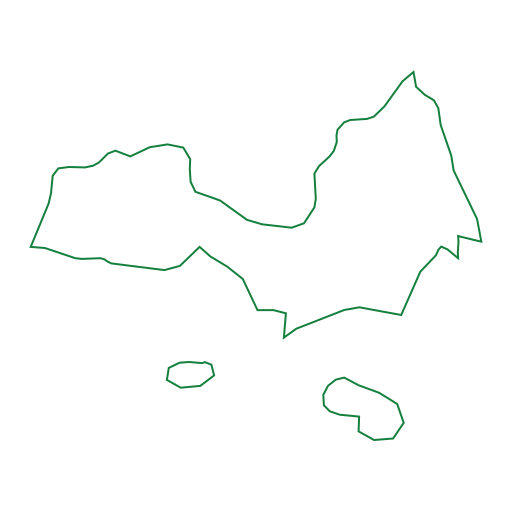 outline of Nueva Esparta
{"feature_id": "VEN-48", "entity_name": "Nueva Esparta", "entity_type": "State", "adm_level": 1, "iso_a3": "VEN", "parent_name": "Venezuela", "parent_adm1": "", "projection": "robinson", "projection_center": [-64.068, 10.956], "detail": "fine", "context": "isolated", "style": "outline", "palette": "green", "viewbox_px": 512, "rotation_deg": 0, "n_neighbors": 0, "source": "natural_earth", "source_scale": "10m", "svg_char_len": 1397}
<svg xmlns="http://www.w3.org/2000/svg" viewBox="0 0 512 512"><path d="M438.3,108.1L440.7,125.1L451.3,155.7L453.6,170.4L477.1,219.1L481.3,241.7L458.1,236.1L458.5,241.5L457.8,252.7L458.1,258.2L447.5,249.4L441.2,246.6L438.3,249.9L436.1,255.1L420.3,271.7L401.2,315.0L359.4,307.3L344.2,310.0L296.3,328.7L283.9,337.6L285.9,313.3L273.3,310.1L257.5,310.1L242.8,279.0L227.2,266.6L210.3,256.4L199.6,246.9L179.9,265.9L164.4,270.1L111.3,263.4L107.6,261.6L104.7,259.5L100.5,258.2L81.9,258.9L75.3,258.2L44.9,248.0L30.7,246.9L48.6,203.6L51.0,193.3L52.7,175.8L58.3,168.4L68.8,167.0L85.2,167.4L93.1,165.7L98.8,162.6L108.0,153.5L115.4,150.7L130.3,156.4L149.8,147.2L167.5,144.4L183.3,147.6L190.2,159.2L189.8,169.6L190.6,181.7L195.4,191.8L220.1,200.5L246.9,219.8L262.0,224.3L291.6,227.7L304.0,223.3L314.4,207.4L315.8,198.8L314.4,173.6L319.0,166.1L329.4,156.6L333.8,151.0L336.8,141.9L336.5,135.5L337.5,129.7L344.2,122.3L350.3,120.0L367.1,118.9L373.9,116.6L384.5,106.3L402.6,81.2L413.5,72.0L416.1,86.8L424.8,94.8L433.9,100.3L438.3,108.1ZM344.2,377.6L358.7,385.3L379.2,392.8L397.2,404.0L403.7,422.8L393.1,438.5L374.0,440.0L358.6,431.4L359.1,416.6L339.7,414.7L329.8,411.3L323.9,405.3L323.3,394.8L328.0,385.8L335.7,379.7L344.2,377.6ZM204.8,362.1L211.4,364.7L214.1,375.4L200.3,385.9L180.7,387.7L166.9,379.9L168.8,367.9L179.6,362.7L189.1,362.0L202.2,363.1L204.8,362.1Z" fill="none" stroke="#15803d" stroke-width="2"/></svg>